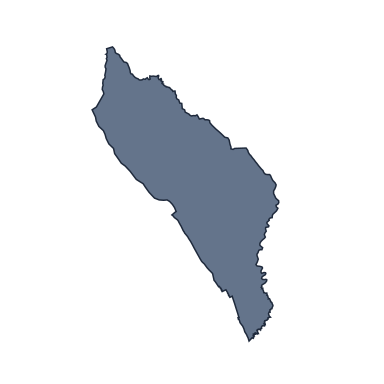 outline of Tenampa, Veracruz, Mexico, rotated 80°
{"feature_id": "50627088B72101462893192", "entity_name": "Tenampa", "entity_type": "district", "adm_level": 2, "iso_a3": "MEX", "parent_name": "Mexico", "parent_adm1": "Veracruz", "projection": "albers", "projection_center": [-96.829, 19.258], "detail": "fine", "context": "isolated", "style": "filled", "palette": "slate", "viewbox_px": 384, "rotation_deg": 80, "n_neighbors": 0, "source": "geoboundaries", "source_scale": "gbopen_adm2", "svg_char_len": 5897}
<svg xmlns="http://www.w3.org/2000/svg" viewBox="0 0 384 384"><g transform="rotate(80 192 192)"><path d="M158.1,131.1L156.5,142.4L157.2,144.2L156.2,146.2L154.6,145.8L151.6,146.3L147.3,146.4L145.0,147.3L143.7,150.3L140.0,152.9L137.0,155.2L134.1,157.6L129.8,160.7L126.8,162.4L124.7,162.3L123.8,163.6L123.4,165.1L123.2,166.6L121.5,167.9L121.3,169.0L121.4,170.9L121.4,172.1L119.3,172.7L116.9,173.7L117.5,175.4L117.0,177.2L117.0,179.5L115.8,180.9L114.8,181.4L112.2,184.8L109.8,185.0L108.2,187.1L104.4,186.8L103.0,186.7L102.3,188.6L99.0,189.1L97.7,190.7L96.2,191.1L94.1,190.6L92.8,191.3L90.7,191.3L90.3,191.2L89.6,191.2L89.5,192.5L89.7,193.3L88.7,193.6L88.0,194.0L87.7,194.5L85.2,196.0L85.0,196.9L84.4,197.6L84.0,199.2L83.4,199.3L82.8,200.4L82.0,201.2L81.4,201.4L80.7,201.3L80.5,202.1L79.9,202.7L79.1,202.4L78.8,201.6L78.2,201.5L77.5,202.9L77.1,203.3L76.7,203.2L76.1,202.6L75.2,202.6L74.9,202.8L75.1,203.3L75.6,203.8L75.7,204.3L75.5,205.0L74.4,205.2L73.9,205.5L73.4,205.4L72.9,205.0L71.8,204.6L71.4,204.7L71.4,205.5L71.6,206.0L72.1,206.5L72.0,207.0L71.9,207.7L71.1,210.0L71.0,212.1L70.4,213.3L71.9,213.7L73.5,213.6L73.9,214.8L72.9,215.7L71.7,216.2L72.1,217.3L72.9,218.5L72.2,220.2L72.9,221.8L72.7,223.8L72.3,224.6L71.0,225.6L70.5,226.7L69.2,228.2L67.3,229.5L65.6,230.2L65.1,231.5L63.8,232.0L61.6,231.9L58.7,232.3L56.0,232.9L54.3,233.2L53.0,234.3L52.2,236.4L50.2,237.5L48.4,238.3L46.4,239.4L44.8,239.5L43.4,240.8L42.6,242.2L41.4,243.3L39.5,243.3L38.1,243.5L36.5,244.3L35.3,245.1L36.1,251.2L39.3,251.1L40.5,251.5L40.9,251.9L41.2,252.2L41.4,252.8L41.8,252.2L43.4,252.2L44.7,252.3L45.8,253.2L47.5,252.8L49.4,253.9L51.0,254.8L52.7,255.7L54.3,255.8L55.7,255.3L58.8,256.3L61.9,257.6L63.5,257.5L65.2,258.4L65.9,260.0L67.8,260.5L69.4,261.0L71.5,261.0L73.1,261.9L75.4,262.6L77.7,261.9L79.4,261.8L80.1,261.8L91.7,271.4L93.7,276.1L101.4,274.0L105.5,274.0L111.3,272.3L116.2,268.6L120.2,267.6L124.5,267.2L130.3,265.5L135.5,261.7L140.8,261.5L147.6,258.3L151.4,256.6L154.8,253.3L160.9,249.3L169.9,244.7L172.2,242.2L175.3,238.7L179.3,237.0L184.9,234.3L191.5,230.0L194.1,225.7L195.2,221.4L195.5,217.9L197.5,215.6L200.9,213.4L204.4,211.9L208.5,211.0L208.6,211.5L211.1,215.8L212.6,214.5L214.0,213.9L216.5,211.5L217.5,210.8L218.9,210.3L219.8,210.1L221.4,209.5L222.4,209.2L223.3,208.8L225.1,208.3L226.2,208.0L227.1,207.7L227.4,207.7L228.4,207.4L229.4,207.0L229.5,206.8L231.1,206.4L234.2,204.6L236.0,203.7L236.9,203.5L239.0,202.6L240.3,202.0L244.1,200.7L247.9,199.5L253.7,197.5L259.2,195.6L261.8,194.6L263.0,193.9L264.9,192.4L269.2,190.3L270.8,189.3L272.1,188.5L273.0,187.8L275.8,185.9L280.5,185.7L282.9,185.6L284.1,184.8L287.2,183.4L288.6,182.8L290.0,182.2L289.8,181.4L291.7,180.8L291.6,180.4L293.5,179.7L293.6,180.2L295.3,179.6L294.2,175.6L296.0,174.9L297.9,174.2L298.0,174.4L300.0,173.6L300.1,173.9L302.3,173.0L301.6,170.5L304.0,170.2L309.3,169.4L314.1,168.8L319.2,168.1L320.1,168.0L321.9,167.8L323.7,167.5L323.7,168.5L325.5,168.4L325.5,167.8L327.4,167.5L329.1,167.4L329.5,167.1L331.0,166.4L332.8,165.4L335.9,164.6L338.8,164.3L342.0,163.0L343.8,162.6L345.3,162.1L348.7,161.7L345.9,158.0L346.4,157.7L346.2,156.9L346.4,156.8L345.9,156.5L345.2,156.4L344.1,156.6L344.1,156.4L344.4,155.8L343.8,155.9L343.9,156.2L343.7,156.2L342.6,156.3L342.6,156.1L342.5,155.7L342.9,155.4L342.9,155.1L343.1,154.8L343.1,154.4L342.3,154.6L341.9,154.6L341.8,153.9L342.7,153.4L342.6,153.2L342.8,152.8L343.0,152.6L342.4,152.4L342.5,152.0L342.5,151.9L342.8,152.0L343.0,151.6L343.0,151.2L339.4,152.1L339.1,151.1L339.7,150.8L339.1,150.8L338.7,150.9L338.5,150.6L338.2,150.9L338.5,150.6L339.1,149.7L339.2,149.3L339.1,149.0L338.9,149.1L338.8,148.7L339.5,148.6L339.8,148.4L339.6,148.3L339.4,148.4L338.4,148.3L338.4,147.1L337.0,147.0L335.9,145.9L336.5,143.8L335.9,143.5L334.6,143.9L335.1,142.9L334.0,142.9L333.9,143.0L332.6,143.4L332.4,143.2L332.5,142.8L332.3,142.7L332.1,142.5L332.1,142.3L332.2,142.2L331.4,142.5L331.3,141.4L331.3,141.2L331.2,140.3L330.9,140.1L330.3,139.6L330.3,139.1L329.0,138.9L328.9,136.5L327.3,137.6L326.7,137.6L325.2,137.8L324.7,137.6L323.6,136.8L323.9,136.0L322.9,135.9L322.7,136.0L322.3,135.8L321.6,135.7L321.6,135.0L321.2,134.9L320.9,134.6L320.8,133.5L319.8,133.2L318.7,132.4L318.0,132.0L317.0,132.1L316.3,132.4L314.9,132.5L314.4,132.8L314.2,132.9L314.1,133.3L313.8,133.5L312.9,133.7L312.5,133.6L312.3,133.7L311.4,134.0L310.9,134.1L310.5,134.2L310.5,135.2L310.2,135.0L309.6,135.3L308.9,135.4L308.0,135.4L307.5,135.4L307.2,135.7L306.9,135.9L306.7,136.1L306.5,135.8L305.9,135.9L304.5,135.9L304.5,137.2L303.7,138.1L303.6,138.8L301.9,138.8L301.5,139.0L300.9,139.0L300.3,139.2L299.2,139.0L299.2,139.8L299.1,139.7L298.6,139.9L298.4,140.0L298.1,140.1L297.9,139.9L297.8,140.2L297.4,139.8L296.5,139.8L295.6,139.1L294.9,137.3L294.1,135.5L292.5,133.9L291.4,133.6L290.8,134.4L290.9,135.4L290.4,137.6L289.3,138.5L287.8,137.8L286.9,136.1L286.3,134.4L285.3,133.5L284.3,133.6L283.9,134.6L283.8,135.4L284.0,136.4L284.3,137.3L283.5,137.9L281.7,137.8L279.2,135.8L278.3,135.8L277.5,136.9L276.8,138.6L276.4,140.2L276.0,140.9L274.6,141.6L272.2,139.8L269.6,138.4L265.9,139.0L264.5,138.8L263.2,137.5L262.0,136.9L261.0,136.2L260.7,134.7L261.0,133.2L259.1,132.1L257.7,133.3L256.5,134.3L255.0,134.3L253.6,133.5L252.4,132.3L251.1,130.4L250.1,128.6L249.1,127.6L247.8,128.0L246.3,128.1L244.9,127.2L243.5,125.7L241.2,126.0L239.7,125.6L239.6,122.7L238.7,122.1L236.2,123.6L234.9,123.5L233.3,120.9L232.3,121.1L231.1,119.4L231.2,117.5L229.6,117.1L228.1,116.4L226.1,113.3L225.2,112.0L222.9,110.2L221.4,111.5L219.6,111.6L218.8,109.4L217.6,108.4L215.6,108.2L214.1,109.5L212.5,110.6L209.8,111.3L207.7,111.9L205.0,111.4L203.5,110.0L201.3,108.6L199.6,107.9L197.4,108.6L194.7,110.4L192.2,111.2L189.5,111.8L188.3,112.5L188.0,114.4L187.3,116.6L185.4,117.9L183.2,118.4L181.4,119.7L177.8,121.8L175.2,123.1L173.3,124.2L171.0,125.3L169.0,126.5L165.9,128.0L165.4,128.6L163.5,129.4L161.8,129.8L160.8,129.8L158.1,131.1Z" fill="#64748b" stroke="#1e293b" stroke-width="1.5"/></g></svg>